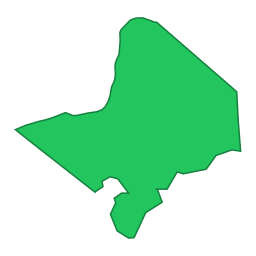 Cabell, West Virginia, United States of America
{"feature_id": "52423323B7608652803448", "entity_name": "Cabell", "entity_type": "district", "adm_level": 2, "iso_a3": "USA", "parent_name": "United States of America", "parent_adm1": "West Virginia", "projection": "robinson", "projection_center": [-82.288, 38.414], "detail": "fine", "context": "isolated", "style": "filled", "palette": "green", "viewbox_px": 256, "rotation_deg": 0, "n_neighbors": 0, "source": "geoboundaries", "source_scale": "gbopen_adm2", "svg_char_len": 897}
<svg xmlns="http://www.w3.org/2000/svg" viewBox="0 0 256 256"><path d="M240.6,151.2L238.2,120.3L236.7,91.7L156.5,22.1L155.0,22.3L143.3,18.0L140.2,17.9L135.5,18.2L130.9,19.9L129.5,20.9L123.2,27.5L121.2,29.6L120.1,31.8L119.9,33.4L120.2,40.7L119.1,53.7L118.0,56.8L116.8,59.1L115.5,62.8L115.0,66.1L115.4,74.0L114.9,78.8L113.8,82.1L111.7,86.6L110.8,90.8L110.1,95.6L108.1,101.6L105.2,106.7L102.1,109.6L97.1,111.7L87.5,113.1L76.9,115.4L73.0,115.6L65.6,112.6L51.2,118.2L50.4,118.4L45.0,120.0L38.8,121.4L25.7,125.3L15.4,129.6L23.8,136.4L41.3,150.2L95.0,192.2L96.0,191.3L103.0,186.6L102.0,181.4L109.9,176.8L117.7,178.7L128.6,193.2L121.6,193.1L114.2,198.3L115.7,202.8L110.4,214.3L117.2,231.0L128.8,238.1L134.1,237.6L145.7,212.6L162.2,202.2L157.6,189.9L155.8,189.1L167.1,189.1L177.2,171.9L183.2,173.8L206.2,169.2L216.1,155.4L232.0,149.9L240.6,151.2Z" fill="#22c55e" stroke="#15803d" stroke-width="1.5"/></svg>